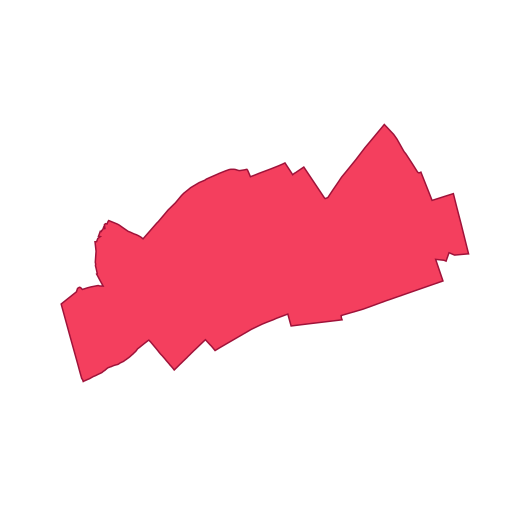 outline of Cuca, Galati, Romania, rotated 249°
{"feature_id": "2599482B7817102818431", "entity_name": "Cuca", "entity_type": "district", "adm_level": 2, "iso_a3": "ROU", "parent_name": "Romania", "parent_adm1": "Galati", "projection": "albers", "projection_center": [27.903, 45.741], "detail": "fine", "context": "isolated", "style": "filled", "palette": "rose", "viewbox_px": 512, "rotation_deg": 249, "n_neighbors": 0, "source": "geoboundaries", "source_scale": "gbopen_adm2", "svg_char_len": 3538}
<svg xmlns="http://www.w3.org/2000/svg" viewBox="0 0 512 512"><g transform="rotate(249 256 256)"><path d="M243.5,462.6L244.0,454.3L244.8,440.3L263.6,440.1L275.2,440.0L275.1,438.6L275.3,437.9L275.6,437.4L276.5,436.9L285.6,435.1L297.7,432.5L300.4,431.6L314.6,429.5L320.2,428.1L324.3,426.4L332.8,422.9L332.4,422.2L321.8,403.3L318.1,396.6L310.2,383.8L302.6,370.6L299.1,364.4L298.3,363.2L296.0,360.0L290.0,351.3L284.8,344.0L284.8,343.4L284.8,342.4L284.8,341.1L285.7,340.7L321.9,332.5L320.0,324.3L319.6,322.9L319.5,321.6L318.7,319.4L325.6,317.9L332.5,316.4L332.3,314.0L332.1,309.5L332.0,300.9L332.1,288.7L332.0,284.5L332.0,279.2L334.6,279.1L337.3,279.0L339.1,278.9L340.2,278.5L340.2,278.3L340.4,277.4L340.5,276.3L341.2,273.1L341.6,271.3L342.2,270.2L344.2,267.7L344.8,266.6L346.0,263.5L346.3,261.9L346.4,258.0L346.3,251.0L346.2,249.6L345.8,240.9L345.6,237.2L345.1,235.4L344.9,229.2L343.7,222.2L343.2,219.4L342.2,216.5L340.5,211.1L339.2,208.2L334.5,199.8L333.6,197.7L330.5,190.5L323.1,177.1L322.3,175.2L312.5,156.7L314.9,155.3L317.0,153.6L318.7,152.0L320.4,150.0L323.4,147.1L324.8,145.5L330.4,141.7L334.0,139.3L335.5,138.0L341.9,131.2L341.2,130.2L339.3,128.4L340.1,127.2L339.7,125.8L335.2,124.6L337.6,124.2L335.6,122.4L335.1,121.0L334.3,120.4L334.9,119.5L331.4,116.5L330.9,116.0L329.9,117.6L329.1,114.6L326.5,112.3L327.0,110.8L326.6,110.7L317.8,108.4L307.7,103.7L305.9,103.4L304.4,102.6L302.4,102.4L296.4,101.5L296.3,100.7L295.1,100.9L289.3,101.6L282.7,102.5L284.0,99.4L285.0,98.1L286.3,90.9L286.7,87.2L287.0,81.9L289.4,80.9L290.1,79.9L289.7,77.8L286.9,75.5L285.9,72.3L281.0,56.9L246.7,53.5L233.1,52.2L221.5,51.1L219.4,50.9L211.8,50.1L205.3,49.5L204.4,49.4L204.1,49.4L202.6,49.8L200.7,49.7L200.7,49.8L200.9,50.7L200.9,51.6L201.0,53.3L201.1,55.0L201.1,55.6L201.1,55.8L201.1,56.1L201.1,56.6L201.3,57.7L201.8,61.1L201.8,62.9L201.9,64.2L202.1,66.0L202.2,67.5L202.3,69.1L202.4,70.2L202.5,70.6L202.6,70.9L203.0,72.0L203.1,72.6L203.2,72.9L203.3,73.3L203.4,74.0L203.8,74.9L203.9,75.3L204.3,76.3L204.6,77.3L204.7,77.7L204.7,78.4L204.7,79.1L204.7,80.1L204.6,81.2L204.7,82.7L204.7,83.8L204.7,84.6L204.6,85.4L204.6,85.9L204.4,87.1L204.3,88.4L204.4,88.9L204.4,89.1L204.6,89.8L204.8,90.7L204.9,91.2L204.9,92.0L205.0,92.8L205.0,93.6L205.1,94.4L205.2,94.9L205.3,95.3L205.5,95.9L205.6,96.2L205.7,96.7L206.0,98.1L206.4,99.3L206.6,100.3L206.9,101.3L207.2,102.2L207.5,103.0L207.9,104.0L208.4,105.4L208.7,106.3L209.1,107.1L209.5,108.1L210.1,109.6L210.7,110.5L210.9,110.9L211.5,111.7L211.7,112.0L211.9,112.5L212.1,113.3L212.6,115.0L213.2,116.8L213.7,118.4L214.3,120.2L215.0,122.6L215.6,124.5L215.9,125.8L214.7,126.3L213.3,126.9L210.7,127.8L208.6,128.5L206.0,129.4L204.2,130.0L203.0,130.4L200.6,131.1L198.3,131.9L196.5,132.7L194.8,133.3L192.6,134.1L190.4,134.8L188.8,135.4L186.6,136.2L184.9,136.7L183.5,137.3L181.8,137.9L180.0,138.5L178.9,138.8L179.2,139.6L179.8,140.8L180.1,141.7L180.4,142.3L181.1,143.9L182.1,146.1L182.9,148.1L183.8,150.1L184.5,151.8L185.2,153.4L185.8,154.9L186.5,156.3L187.9,159.6L188.3,160.4L188.6,161.1L189.0,162.1L189.5,163.2L190.2,164.8L190.4,165.4L194.8,175.9L196.0,178.8L189.6,181.3L187.8,182.1L182.4,183.9L183.4,189.4L189.2,225.3L189.6,230.0L190.2,237.5L190.3,242.5L190.3,249.4L190.5,252.6L190.4,264.9L178.1,263.7L174.1,279.8L166.5,309.8L165.6,313.5L167.5,313.5L169.9,314.2L168.0,337.2L167.6,361.8L167.4,366.6L167.3,370.7L165.7,421.6L188.5,422.5L184.7,429.9L183.8,430.9L183.1,431.6L189.9,437.4L185.7,441.7L182.2,454.1L181.8,455.2L204.7,458.0L211.9,458.9L230.4,461.0L243.5,462.6Z" fill="#f43f5e" stroke="#9f1239" stroke-width="1.5"/></g></svg>